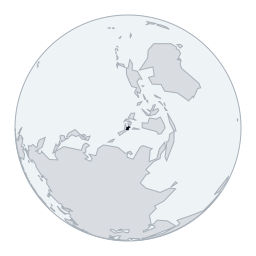 globe centered on Mindoro Oriental, rotated 234°
{"feature_id": "PHL-2571", "entity_name": "Mindoro Oriental", "entity_type": "Province", "adm_level": 1, "iso_a3": "PHL", "parent_name": "Philippines", "parent_adm1": "", "projection": "orthographic", "projection_center": [121.298, 12.875], "detail": "coarse", "context": "on_globe", "style": "filled", "palette": "ink", "viewbox_px": 256, "rotation_deg": 234, "n_neighbors": 0, "source": "natural_earth", "source_scale": "10m", "svg_char_len": 9411}
<svg xmlns="http://www.w3.org/2000/svg" viewBox="0 0 256 256"><g transform="rotate(234 128 128)"><circle cx="128" cy="128" r="113" fill="#eef3f6" stroke="#a8b0b8"/><path d="M220.5,170.9L220.4,171.7L220.3,171.8L220.5,170.9ZM190.4,34.2L185.6,31.4L182.8,31.7L185.7,34.4L182.1,32.1L190.1,39.3L191.0,42.8L187.7,37.4L185.5,35.8L185.0,37.2L182.7,35.9L181.1,36.0L178.4,34.4L176.7,31.8L174.9,30.9L174.6,32.0L171.8,31.4L172.4,29.9L167.5,28.8L163.7,25.1L167.6,23.6L163.2,21.6L161.8,20.6L169.3,23.2L176.6,26.4L183.7,30.1L190.4,34.2ZM233.8,95.3L232.8,92.9L233.6,93.8L233.8,95.3ZM232.1,91.9L232.5,92.6L232.2,92.0L232.1,91.9ZM231.8,91.7L232.1,91.8L231.9,92.0L231.8,91.7ZM231.5,91.9L231.7,91.7L231.7,91.8L231.5,91.9ZM230.7,91.4L230.4,91.2L230.5,90.8L230.7,91.4ZM193.8,36.5L193.5,36.4L192.0,35.4L191.1,34.7L193.3,36.2L193.8,36.5ZM188.3,36.8L188.3,36.1L189.0,37.3L188.3,36.8ZM181.4,36.3L182.1,36.9L181.0,36.7L181.4,36.3ZM175.8,34.2L173.8,33.8L175.6,33.8L175.8,34.2ZM172.4,33.3L167.5,32.7L168.7,34.0L162.5,30.2L168.8,31.8L170.8,31.4L170.8,32.3L172.4,33.3ZM161.4,20.4L161.6,20.5L161.0,20.4L158.5,19.6L159.1,19.9L155.0,18.8L153.7,18.4L155.0,18.6L152.5,18.1L153.1,18.2L161.4,20.4ZM159.9,28.3L158.5,27.9L159.7,27.9L159.9,28.3ZM151.1,17.8L151.0,17.7L147.7,17.1L147.8,17.1L151.1,17.8ZM161.2,20.7L160.3,20.6L156.7,19.7L155.9,19.6L154.8,18.8L161.2,20.7ZM152.3,18.0L151.9,18.0L151.0,17.8L152.3,18.0ZM145.4,16.7L145.9,16.8L146.1,16.8L144.5,16.6L145.4,16.7ZM152.4,18.3L151.1,18.0L152.6,18.5L150.0,18.0L149.8,17.7L148.8,17.6L148.0,17.5L148.7,17.4L152.4,18.3ZM143.6,16.5L144.4,16.6L143.4,16.5L142.2,16.3L140.3,16.0L143.6,16.5ZM146.4,17.0L144.6,16.7L145.5,16.8L147.3,17.1L146.4,17.0ZM148.3,17.8L152.4,18.7L152.3,18.8L148.3,17.8ZM142.2,16.4L142.5,16.5L141.8,16.3L142.2,16.4ZM146.2,17.3L147.7,17.6L146.2,17.3ZM142.0,16.5L141.6,16.4L142.8,16.5L142.0,16.5ZM143.8,16.9L143.2,16.9L143.5,16.7L144.4,17.0L143.8,16.9ZM145.9,17.3L146.3,17.5L145.3,17.2L145.9,17.3ZM137.5,16.3L137.5,16.0L140.2,16.2L139.9,16.4L137.5,16.3ZM34.0,65.9L31.4,70.8L31.5,72.4L38.0,64.2L37.8,61.2L41.4,56.5L44.4,55.2L45.0,58.5L46.4,56.9L49.0,51.7L52.3,49.7L50.3,49.8L48.8,51.8L47.6,52.0L48.8,50.3L49.9,49.5L50.6,48.1L45.2,52.5L43.1,55.1L43.0,54.2L39.5,58.4L38.4,59.7L41.4,55.9L45.7,51.1L51.8,45.0L58.4,39.4L65.4,34.3L63.8,35.7L64.7,35.3L68.2,33.2L67.2,34.2L70.9,31.9L71.8,32.4L73.7,30.1L77.9,28.1L80.8,27.3L82.6,26.4L77.8,27.7L75.6,28.7L73.2,30.1L67.4,33.1L67.2,33.2L74.6,28.9L80.9,25.7L90.0,23.1L91.7,23.6L85.4,28.2L82.5,28.9L83.3,27.5L78.6,30.5L80.9,29.4L80.1,30.4L83.8,29.2L83.4,29.9L87.8,27.7L87.7,28.4L84.9,29.8L90.4,29.0L91.4,30.4L92.9,30.0L94.1,29.1L94.5,31.8L95.6,31.4L95.9,30.3L98.2,28.9L102.3,27.5L102.2,28.5L100.7,29.1L97.4,32.1L93.3,33.9L93.7,34.2L97.2,32.9L101.3,29.2L103.8,28.2L102.3,29.8L103.1,29.1L104.3,28.9L105.4,29.8L107.3,28.0L121.0,25.8L124.6,27.6L121.7,29.0L131.2,29.7L134.4,32.4L134.7,31.3L139.4,31.4L138.4,30.5L138.9,30.1L150.6,30.8L153.2,32.0L158.5,31.8L158.7,31.3L157.0,30.3L162.5,30.2L168.7,34.0L168.1,34.8L172.4,37.0L170.4,38.6L170.7,41.3L166.0,42.4L166.7,44.6L168.3,45.3L170.4,49.1L169.1,55.5L163.1,47.5L163.5,39.0L162.7,42.0L160.8,40.6L159.2,41.3L158.8,43.7L160.1,44.4L148.7,45.9L143.5,52.4L149.0,52.9L151.7,55.6L150.6,65.2L137.4,77.0L140.8,82.1L140.5,85.2L136.4,86.6L136.7,82.1L133.3,79.9L134.1,77.4L127.6,78.6L128.5,75.0L123.0,78.0L124.3,81.1L129.7,81.1L124.5,85.7L129.0,91.7L128.7,98.2L118.2,108.5L108.9,110.9L108.1,112.9L104.9,110.1L99.8,113.7L105.3,126.4L104.9,129.8L97.0,135.4L97.0,132.8L88.4,125.3L86.2,133.3L92.7,141.1L94.9,149.5L89.7,146.3L87.5,138.9L84.5,136.0L85.7,128.9L83.9,117.9L78.7,119.1L79.5,114.9L76.3,105.6L68.9,107.1L57.0,116.1L54.7,126.8L50.8,130.7L47.8,114.0L49.2,103.5L46.4,103.7L44.7,93.9L36.9,90.3L37.3,87.4L35.5,88.0L34.6,84.3L35.8,79.9L34.5,79.4L31.6,91.3L33.2,92.0L36.6,88.7L35.3,92.8L36.4,97.4L29.7,105.2L20.6,109.1L22.3,101.0L28.8,77.6L30.0,75.6L30.2,75.3L30.4,74.8L28.3,78.1L30.3,73.8L24.1,89.1L21.9,95.5L20.4,109.5L19.9,110.5L20.2,113.8L24.4,113.4L23.8,116.1L20.3,127.0L16.8,140.4L18.8,152.4L21.0,162.1L21.9,165.8L19.5,158.1L17.6,150.3L16.3,142.4L15.5,134.4L15.4,126.4L15.8,118.4L16.7,110.4L18.3,102.6L20.4,94.8L23.0,87.2L26.2,79.9L29.8,72.7L34.0,65.9ZM71.7,30.4L71.2,30.7L71.7,30.4ZM43.1,67.1L45.2,69.3L48.8,63.1L49.9,63.6L50.8,61.4L49.1,62.7L51.8,57.2L54.4,56.5L56.4,54.2L55.8,53.4L50.7,55.6L46.8,63.3L44.3,65.1L43.1,67.1ZM133.4,15.5L133.6,15.5L131.5,15.4L133.9,15.5L130.5,15.5L131.1,15.6L128.4,15.8L124.0,15.8L125.0,15.9L123.0,16.3L119.2,16.6L121.1,16.2L115.6,16.8L116.0,16.5L115.3,16.6L114.2,16.5L111.6,16.7L112.3,16.5L111.0,16.7L110.2,16.8L108.7,17.0L109.0,17.0L117.1,15.9L125.2,15.4L133.4,15.5ZM136.6,16.3L131.2,16.1L128.8,15.9L134.5,15.7L134.4,15.6L138.0,15.8L141.5,16.2L140.1,16.1L139.6,16.1L138.8,15.9L139.1,16.0L137.3,15.9L137.0,16.0L135.3,15.9L136.6,16.3ZM68.6,32.3L67.7,32.9L66.9,33.3L68.6,32.3ZM103.1,19.7L104.5,19.2L105.1,19.2L109.1,18.4L109.1,18.8L106.7,19.4L103.1,19.7ZM36.6,65.1L35.3,66.3L35.9,65.2L36.2,65.0L36.6,65.1ZM37.3,61.2L36.1,63.2L36.9,61.8L37.3,61.2ZM103.8,20.0L105.5,19.6L104.5,20.0L103.8,20.0ZM109.4,19.1L108.6,19.5L109.6,18.7L109.4,19.1ZM69.0,220.5L71.4,222.0L70.2,221.7L69.0,220.5ZM25.3,164.8L29.7,180.5L28.4,179.4L25.9,174.1L22.7,164.1L23.4,162.5L23.2,158.4L25.3,164.8ZM123.5,171.0L127.0,171.7L126.9,172.2L123.5,171.0ZM119.8,168.9L123.8,169.4L119.2,169.9L119.8,168.9ZM125.3,169.6L129.4,169.0L131.1,168.3L130.8,169.3L125.3,169.6ZM117.1,168.7L102.9,167.1L97.3,165.1L98.5,163.4L107.5,164.9L117.1,168.7ZM98.1,163.3L89.7,156.9L78.8,140.0L82.7,140.8L94.2,151.7L93.5,153.3L98.5,158.1L98.1,163.3ZM118.7,155.9L117.9,160.6L110.0,159.4L106.4,158.2L103.9,151.7L105.3,148.7L108.2,149.1L119.9,139.6L123.9,142.6L120.2,146.8L123.5,151.3L118.7,155.9ZM55.0,127.9L56.6,134.8L54.6,135.4L55.0,127.9ZM124.9,132.6L120.0,136.8L124.6,130.9L124.9,132.6ZM127.8,126.9L127.9,129.3L126.1,126.8L127.8,126.9ZM107.7,116.2L104.6,116.4L104.7,114.7L108.7,113.5L107.7,116.2ZM128.3,103.8L127.8,108.6L127.0,110.2L125.9,107.1L128.3,103.8ZM106.6,24.9L100.9,25.4L96.9,26.5L94.6,28.0L95.4,26.2L101.6,24.6L106.6,24.9ZM119.2,25.5L121.1,24.5L122.0,25.0L121.6,25.4L119.2,25.5ZM119.2,24.8L118.5,23.4L120.7,22.9L120.8,24.1L119.2,24.8ZM110.9,21.0L109.2,21.1L110.1,20.6L110.9,21.0ZM193.9,212.0L195.0,212.4L191.8,215.3L187.4,218.3L183.5,219.5L193.9,212.0ZM162.2,220.2L162.0,217.1L166.7,216.8L164.8,219.5L162.2,220.2ZM197.0,209.6L199.9,206.6L200.9,202.9L200.6,206.1L202.9,205.9L196.0,212.1L197.0,209.6ZM144.7,206.4L122.7,211.6L117.8,210.4L118.9,207.7L114.0,198.7L115.6,199.0L114.3,193.0L127.2,188.6L136.4,179.3L143.8,180.4L149.2,173.4L156.9,174.3L154.7,179.9L162.8,184.0L168.1,171.3L173.2,185.2L179.2,190.1L181.0,198.5L171.0,212.2L165.0,214.8L163.8,213.6L161.3,214.9L157.4,214.3L155.0,209.8L152.6,211.1L154.9,207.8L151.4,210.7L149.3,207.8L144.7,206.4ZM199.8,183.1L200.9,183.4L202.8,185.6L200.9,185.3L199.8,183.1ZM217.5,174.1L218.0,175.1L216.8,175.5L217.5,174.1ZM220.3,171.8L218.8,172.4L220.5,170.9L220.3,171.8ZM205.8,174.9L206.4,175.7L205.9,176.0L205.8,174.9ZM205.3,174.6L206.0,173.2L206.0,174.6L205.3,174.6ZM199.7,167.4L200.4,166.7L200.7,167.2L199.7,167.4ZM132.2,172.2L137.0,168.8L139.7,168.7L132.2,172.2ZM198.7,165.9L196.9,165.8L197.1,165.1L198.7,165.9ZM198.8,164.2L198.6,163.1L199.7,165.5L198.8,164.2ZM195.3,161.9L197.5,163.7L195.1,162.1L195.3,161.9ZM194.0,162.1L192.5,161.3L192.6,161.0L194.0,162.1ZM176.5,163.3L182.3,169.7L177.7,169.4L172.4,165.4L168.4,168.9L159.3,167.9L161.4,165.8L160.1,162.3L150.8,160.4L148.9,158.0L152.2,156.7L146.0,154.6L152.7,154.0L155.5,158.7L159.3,155.4L165.9,156.6L172.4,158.4L177.7,162.0L176.5,163.3ZM152.8,164.1L154.0,164.2L153.0,165.5L152.8,164.1ZM189.5,158.7L191.7,161.0L191.5,161.6L190.4,161.2L189.5,158.7ZM178.9,161.2L184.6,157.6L185.9,157.7L182.2,161.9L178.9,161.2ZM183.2,155.1L185.8,155.7L187.2,157.9L186.7,158.4L183.2,155.1ZM139.2,158.9L138.9,160.2L137.2,159.1L139.2,158.9ZM141.4,158.3L146.6,160.1L140.9,159.4L141.4,158.3ZM125.8,152.6L127.3,155.8L132.0,154.3L128.4,156.7L131.7,162.0L130.6,163.8L127.4,158.1L126.3,163.6L124.2,163.3L123.0,158.4L125.1,152.8L127.2,150.6L135.7,150.3L125.8,152.6ZM141.3,154.6L140.0,151.0L141.0,148.7L142.5,150.7L141.3,154.6ZM136.0,142.2L132.5,137.9L129.2,139.2L136.0,134.1L138.2,139.1L136.0,142.2ZM133.2,133.1L130.1,134.2L133.4,131.2L133.2,133.1ZM129.4,132.8L129.1,129.9L131.5,130.5L129.4,132.8ZM134.8,133.3L135.5,128.6L136.6,131.5L134.8,133.3ZM128.4,123.6L133.3,128.6L126.7,126.1L126.9,116.9L129.8,117.0L128.4,123.6ZM147.2,89.4L146.8,86.9L149.5,86.6L149.0,88.3L147.2,89.4ZM157.9,84.2L150.1,85.7L143.7,87.3L145.5,88.6L143.7,92.6L141.3,88.5L146.0,84.4L150.8,84.0L151.8,80.7L155.5,78.8L155.3,74.7L157.0,73.1L158.7,76.8L157.9,84.2ZM155.0,72.9L155.8,66.1L160.8,67.6L161.7,69.4L159.2,71.8L156.7,70.9L155.0,72.9ZM157.5,64.9L155.1,64.0L151.4,54.0L151.9,52.4L157.3,60.3L155.4,59.9L155.4,62.3L157.5,64.9ZM158.7,28.5L158.5,28.0L159.6,28.6L158.7,28.5ZM138.3,29.6L139.1,29.0L140.3,29.6L138.3,29.6ZM142.1,27.9L140.1,27.7L142.2,27.5L142.1,27.9ZM135.6,27.3L139.3,27.4L135.7,28.0L135.6,27.3Z" fill="#d9dde1" stroke="#a8b0b8" stroke-width="1"/><path d="M127.2,126.8L127.3,126.7L127.3,126.8L127.3,126.7L127.3,126.8L127.5,126.9L127.7,127.0L127.8,126.9L127.8,127.0L128.1,127.1L128.1,127.3L128.3,127.3L128.3,127.5L128.5,127.5L128.4,127.7L128.4,127.8L128.3,128.0L128.4,128.3L128.5,128.5L128.4,128.7L128.3,128.8L128.2,128.8L128.3,128.8L128.2,128.8L128.3,129.0L128.2,129.0L127.9,129.3L127.9,127.7L127.0,127.3L127.2,127.0L127.2,126.8Z" fill="#0f172a" stroke="#020617" stroke-width="1.5"/></g></svg>